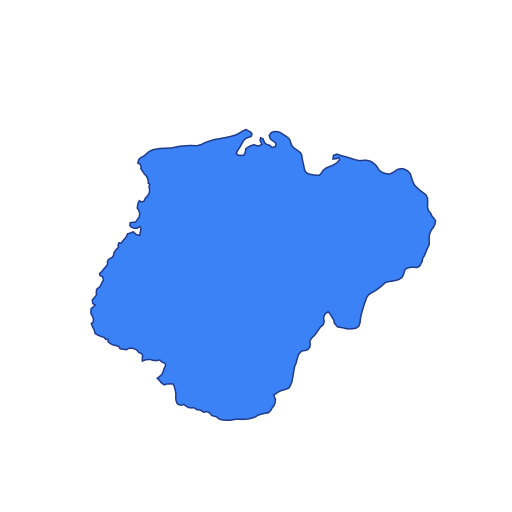 Pintópolis, Minas Gerais, Brazil (Robinson projection), rotated 241°
{"feature_id": "56859067B18460056195803", "entity_name": "Pintópolis", "entity_type": "district", "adm_level": 2, "iso_a3": "BRA", "parent_name": "Brazil", "parent_adm1": "Minas Gerais", "projection": "robinson", "projection_center": [-45.235, -16.058], "detail": "fine", "context": "isolated", "style": "filled", "palette": "blue", "viewbox_px": 512, "rotation_deg": 241, "n_neighbors": 0, "source": "geoboundaries", "source_scale": "gbopen_adm2", "svg_char_len": 5156}
<svg xmlns="http://www.w3.org/2000/svg" viewBox="0 0 512 512"><g transform="rotate(241 256 256)"><path d="M163.8,116.0L161.8,118.4L161.0,121.0L158.8,122.0L156.2,123.5L154.6,125.6L153.4,128.1L150.0,130.0L148.3,132.7L146.3,133.5L144.4,134.9L144.0,137.3L141.4,139.4L138.0,140.0L136.1,141.8L134.4,143.6L131.9,144.4L129.9,146.0L128.0,148.4L126.1,151.6L124.8,153.9L123.8,156.9L122.6,160.2L120.2,164.0L118.6,167.1L117.0,170.8L116.1,174.3L115.6,177.4L115.8,180.6L115.0,184.3L114.0,187.9L112.9,190.5L113.7,193.9L115.3,196.5L116.3,199.1L118.3,201.4L121.0,203.5L125.7,204.0L126.2,208.2L126.2,211.6L125.7,214.5L124.9,217.9L124.6,220.9L126.1,223.4L128.3,226.1L131.0,228.5L133.6,230.5L135.9,232.4L138.1,234.1L140.5,236.1L142.8,239.0L145.0,241.1L146.9,243.0L149.0,245.2L150.3,248.0L150.6,250.5L149.5,253.2L149.0,256.1L150.3,259.0L152.7,260.8L155.5,261.7L157.3,265.1L158.2,268.5L159.1,270.7L160.8,274.2L162.5,277.6L163.3,281.5L165.8,284.0L168.6,284.8L170.4,286.3L171.8,288.2L172.3,292.0L169.4,292.7L167.2,292.7L164.7,292.9L162.1,293.0L159.8,292.0L156.9,292.4L154.5,292.9L152.7,295.1L151.0,297.3L149.2,299.1L147.7,301.1L145.9,304.3L144.4,308.2L144.7,311.8L147.3,314.7L149.2,316.0L151.0,317.3L153.7,319.6L155.9,321.7L157.6,323.5L160.1,326.0L162.5,328.6L164.1,330.6L165.9,332.4L167.5,335.6L167.8,339.2L167.8,343.7L168.2,347.4L168.6,349.9L169.4,353.1L170.0,356.6L169.3,359.6L168.3,362.1L167.1,365.8L166.2,369.3L166.4,373.1L168.0,375.7L169.6,377.4L171.4,379.2L172.2,381.5L171.7,383.9L170.9,386.5L169.3,389.1L167.9,391.1L167.7,393.8L169.0,396.1L170.8,398.8L173.2,400.7L174.5,403.2L176.5,405.8L178.7,408.4L180.5,410.9L182.3,413.3L184.6,414.4L187.8,416.2L190.4,417.9L192.0,419.7L193.8,422.0L195.0,425.0L197.0,427.9L199.6,430.1L202.7,429.9L205.4,429.2L208.5,429.5L211.6,428.9L215.2,429.5L217.9,431.1L220.3,432.5L223.4,434.0L227.1,434.3L230.1,433.0L233.3,431.5L236.1,430.5L238.7,429.7L241.4,429.0L244.8,429.2L248.1,429.8L251.0,430.4L253.3,430.8L256.8,430.0L259.9,428.0L261.6,426.2L262.9,422.9L263.0,419.7L262.6,416.6L262.9,412.4L265.5,409.1L268.2,406.7L271.6,405.2L274.9,405.2L278.2,404.6L281.4,403.2L283.6,401.9L285.4,400.0L286.9,397.9L288.1,395.0L289.5,392.3L291.1,390.6L292.8,388.7L294.5,387.2L296.2,385.6L298.1,383.8L299.7,382.2L301.2,380.4L303.5,378.3L305.9,376.1L306.5,372.6L303.6,370.3L302.2,373.2L301.8,376.2L299.6,375.6L298.5,372.8L298.1,369.5L298.2,366.9L298.5,363.8L299.0,360.0L298.3,356.1L296.9,353.4L295.8,350.5L298.2,346.7L300.6,343.7L302.3,341.9L304.1,340.6L306.7,340.1L309.2,340.7L311.7,341.5L315.1,342.5L318.4,343.5L321.9,344.9L324.7,345.0L327.3,343.9L330.2,342.5L332.7,341.3L335.3,340.9L338.3,341.3L341.4,341.9L344.1,341.3L346.2,340.3L348.9,338.9L352.5,336.9L354.4,335.0L356.1,332.2L356.5,329.1L355.0,326.0L351.6,325.3L348.8,326.4L346.0,327.8L343.8,327.7L342.3,325.8L343.2,322.6L346.1,321.7L347.9,319.9L349.9,318.6L352.5,318.6L354.8,319.0L357.2,317.4L355.4,315.7L350.7,315.3L350.9,311.8L352.4,309.9L354.3,308.2L354.9,305.5L355.1,302.7L354.8,299.1L351.8,296.8L350.1,294.2L351.5,291.2L352.9,289.2L355.3,288.4L357.4,291.5L359.3,295.2L360.9,297.8L363.0,301.1L363.7,303.9L363.5,306.4L362.9,309.6L364.5,311.6L366.8,311.5L369.2,310.0L371.5,308.6L371.7,305.5L371.6,301.2L371.6,297.6L372.1,295.2L372.7,292.4L373.4,290.0L374.1,287.5L375.3,284.1L376.5,280.2L377.6,277.5L378.3,274.6L379.0,271.6L379.5,268.6L379.9,266.3L380.0,262.3L381.1,257.7L382.9,254.7L384.7,251.9L385.9,249.1L387.5,245.8L389.1,242.1L390.3,238.4L391.3,234.9L392.6,232.1L394.1,229.2L395.1,227.1L396.5,224.3L397.9,220.5L398.8,218.0L399.1,215.3L399.1,212.4L398.6,209.9L397.8,206.7L397.9,203.1L397.3,200.3L394.6,197.7L392.3,199.2L389.9,198.8L388.1,197.6L384.9,197.9L381.8,198.2L378.8,198.9L376.1,198.7L373.9,198.2L372.1,197.0L370.0,197.8L368.4,195.9L365.5,195.1L363.0,193.3L361.2,190.5L360.4,187.5L358.3,184.6L358.7,182.1L360.9,180.8L359.7,178.8L357.4,176.8L355.5,175.4L352.4,175.6L349.4,174.8L346.8,172.8L345.5,170.1L344.0,167.1L345.3,164.4L346.1,162.1L343.7,160.4L341.6,160.9L339.2,163.1L337.9,165.5L338.2,168.4L336.1,168.8L333.2,166.6L330.4,164.1L332.8,161.7L336.7,160.3L337.1,156.7L337.7,154.3L336.1,152.5L335.0,150.4L334.0,147.3L332.6,144.3L334.0,142.5L332.4,140.7L330.2,139.8L329.5,137.0L327.8,133.5L325.6,131.7L324.5,129.4L324.5,125.3L323.0,123.2L320.9,122.3L319.6,120.0L318.7,117.1L317.3,113.9L316.5,110.7L314.3,110.1L312.5,111.8L309.1,111.1L307.1,108.0L304.9,104.7L304.1,100.4L301.5,98.6L299.2,97.6L298.2,95.0L296.9,91.5L293.5,90.2L291.1,91.7L290.5,89.3L289.7,86.1L287.7,84.8L285.5,83.7L283.0,83.8L280.0,83.4L277.3,81.9L276.7,79.2L273.2,78.7L269.4,78.6L266.3,77.7L263.4,79.4L260.6,81.6L258.7,83.6L256.0,84.1L254.8,86.1L252.7,85.1L250.3,86.0L248.1,87.4L246.1,89.4L243.5,92.1L240.6,92.2L239.2,94.2L236.8,97.3L237.0,99.7L236.0,102.0L234.7,103.8L232.0,106.0L228.3,106.8L225.9,108.7L223.8,108.6L221.6,106.9L219.2,105.7L218.7,109.2L217.0,113.1L214.3,115.7L212.7,118.4L211.7,121.4L208.8,122.3L206.4,124.4L203.9,123.8L202.2,121.1L199.9,118.8L198.1,116.3L197.4,113.5L196.9,110.3L194.2,111.2L191.3,111.6L187.9,113.1L187.1,116.4L185.7,119.0L184.3,121.4L181.5,121.3L179.0,120.6L176.4,119.9L173.5,118.7L171.4,117.3L168.6,116.1L165.9,115.5L163.8,116.0Z" fill="#3b82f6" stroke="#1e3a8a" stroke-width="1.5"/></g></svg>